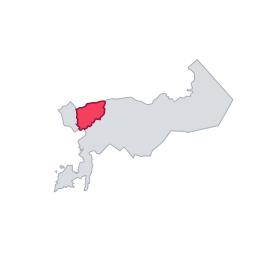 Uzbekistan, with Kashkadarya highlighted, rotated 135°
{"feature_id": "UZB-361", "entity_name": "Kashkadarya", "entity_type": "Region", "adm_level": 1, "iso_a3": "UZB", "parent_name": "Uzbekistan", "parent_adm1": "", "projection": "equal_earth", "projection_center": [66.509, 38.762], "detail": "fine", "context": "in_parent", "style": "filled", "palette": "rose", "viewbox_px": 256, "rotation_deg": 135, "n_neighbors": 0, "source": "natural_earth", "source_scale": "10m", "svg_char_len": 5988}
<svg xmlns="http://www.w3.org/2000/svg" viewBox="0 0 256 256"><g transform="rotate(135 128 128)"><path d="M197.3,115.0L200.9,113.3L202.9,114.4L203.1,115.0L200.9,116.3L198.9,117.0L198.4,118.6L196.4,119.3L194.5,121.5L191.5,123.8L191.4,124.2L191.7,124.6L192.7,124.9L194.8,126.1L196.7,125.4L197.2,125.6L197.8,126.3L198.4,128.3L199.2,128.9L202.1,130.0L204.2,130.0L205.3,130.4L205.5,130.2L205.6,127.2L206.5,127.7L207.4,127.3L207.8,125.8L207.5,124.8L208.2,124.2L208.6,124.6L208.7,125.5L209.7,126.1L210.5,127.6L210.8,129.3L212.8,129.8L213.5,129.5L214.0,129.7L214.4,131.9L214.7,132.0L216.4,131.6L218.0,132.5L219.8,134.2L221.7,134.3L222.1,134.6L223.5,134.3L225.2,134.8L225.2,135.1L225.0,135.4L221.2,137.5L220.1,138.9L219.3,139.3L217.0,138.5L216.6,139.4L217.1,140.2L216.6,141.2L215.4,140.8L215.1,140.4L214.0,140.6L212.6,142.1L212.0,143.3L210.8,143.7L209.1,144.9L208.3,143.9L207.1,144.0L205.4,143.1L204.6,142.9L197.2,144.2L196.6,144.0L195.8,142.3L193.9,141.4L194.0,140.6L197.7,137.2L198.2,136.1L196.9,135.5L197.1,134.6L194.6,131.9L194.1,131.7L193.8,131.8L192.9,133.9L186.4,137.4L185.4,137.0L183.9,135.7L183.0,135.3L181.8,136.4L181.9,137.7L180.6,138.7L181.8,142.3L181.7,142.7L180.8,142.9L181.5,144.2L181.0,144.4L177.8,143.8L174.2,144.7L174.3,145.2L177.5,145.1L178.0,145.4L178.1,145.8L177.9,146.1L176.2,146.4L176.0,147.0L176.9,148.6L176.5,148.9L175.9,148.6L175.4,149.6L174.3,149.6L173.7,152.7L172.8,153.7L171.6,154.3L163.8,152.9L161.8,153.8L160.5,155.2L159.6,158.6L159.7,159.0L163.0,160.3L163.6,162.3L167.6,162.5L168.3,162.8L168.6,163.3L168.8,163.9L167.7,167.2L168.1,170.2L168.8,171.6L171.2,174.2L171.1,175.6L170.6,176.9L169.9,178.0L169.2,178.5L168.2,179.9L167.3,181.7L165.7,184.0L165.1,185.2L164.9,189.0L164.5,190.1L164.4,189.6L163.8,189.2L162.0,189.1L161.7,188.6L159.4,189.5L157.9,189.1L156.5,187.6L153.7,187.0L150.1,187.4L150.0,183.5L150.2,180.7L151.4,178.4L151.3,178.0L150.7,177.2L148.6,176.6L146.1,174.9L143.8,173.7L142.4,173.3L141.0,174.0L139.6,173.8L133.5,169.2L128.3,165.9L124.7,162.6L123.0,162.9L118.5,159.8L115.6,156.5L105.9,149.3L104.0,147.5L103.6,146.6L102.9,142.2L102.0,140.2L100.8,139.1L99.8,137.0L98.3,131.8L97.8,130.9L94.9,128.7L93.2,128.1L92.0,128.5L91.3,129.3L90.3,129.4L86.1,128.6L81.4,129.0L77.3,126.3L77.1,125.9L77.1,125.2L78.0,123.4L77.9,122.7L77.3,121.9L77.4,121.0L77.7,120.5L78.5,120.7L78.8,120.3L78.7,119.9L77.8,118.8L76.0,117.8L76.3,117.2L76.5,115.5L76.8,114.6L76.6,114.3L75.2,113.1L70.6,113.0L69.5,112.7L68.7,112.2L67.9,110.4L67.4,109.9L64.3,109.2L61.2,106.0L60.5,107.4L59.9,107.7L57.4,107.3L56.2,108.2L59.0,111.5L59.7,112.4L59.6,113.0L58.7,113.1L58.0,111.6L57.5,111.1L54.7,110.3L53.7,111.3L53.4,112.5L52.1,114.6L50.7,115.0L47.2,115.1L46.2,115.6L45.5,116.2L44.1,118.1L42.3,119.6L42.6,125.6L43.7,127.0L42.5,128.3L30.8,127.5L33.7,73.9L50.5,69.0L62.5,65.9L89.0,82.6L89.6,83.2L89.9,84.7L90.6,85.8L99.6,95.6L113.2,93.6L126.9,94.7L132.1,92.4L136.1,96.7L138.7,98.2L142.1,104.6L145.4,102.9L144.8,110.5L144.4,112.8L144.3,117.4L149.8,117.5L151.0,124.9L152.2,129.6L153.4,130.1L163.9,129.5L164.7,129.8L166.1,129.3L167.1,130.8L168.2,131.8L167.4,135.1L168.7,136.4L171.6,137.9L173.4,137.9L173.7,137.3L173.7,136.5L173.2,135.7L173.2,134.8L173.5,134.1L175.2,131.6L178.0,129.2L178.7,128.3L178.9,126.8L179.9,125.9L182.3,125.0L182.7,124.2L185.6,122.3L188.9,121.1L190.4,120.1L191.9,118.2L194.0,116.3L194.8,116.3L195.4,116.9L195.9,116.9L197.3,115.0ZM197.0,133.2L196.6,132.2L196.0,131.9L195.8,132.0L196.6,133.2L197.0,133.2ZM203.6,148.8L201.4,148.8L201.7,147.3L200.9,146.6L200.7,145.9L200.9,145.2L201.5,144.9L202.1,146.0L203.8,146.5L203.3,147.5L203.7,148.6L203.6,148.8ZM210.2,147.2L209.9,148.6L208.9,148.0L209.0,147.6L210.2,147.2Z" fill="#d9dde1" stroke="#a8b0b8" stroke-width="1"/><path d="M159.7,157.8L159.6,158.0L159.5,158.3L159.6,158.9L159.9,159.2L161.3,159.7L162.3,159.8L162.7,159.9L162.8,160.0L163.0,160.3L163.2,160.2L163.3,160.2L163.4,160.4L163.4,160.6L163.3,161.8L163.3,162.2L163.2,162.3L162.1,162.4L162.0,162.5L161.8,162.5L161.7,162.6L161.6,162.8L161.5,163.0L161.6,163.4L161.7,164.0L162.0,164.5L162.0,164.8L162.0,165.0L162.0,165.3L162.0,165.5L162.0,165.8L161.8,166.1L161.8,166.3L161.8,166.6L161.7,166.7L161.7,166.8L161.6,166.7L161.3,166.5L161.3,166.4L161.2,166.4L160.8,166.3L160.6,166.3L160.3,166.4L160.2,166.5L159.4,168.0L159.1,168.4L159.0,168.5L158.8,168.6L158.3,168.7L158.3,168.9L158.1,169.2L157.9,169.4L157.5,169.8L157.4,169.8L157.4,170.0L157.3,170.3L157.2,171.1L157.1,171.4L157.1,171.5L156.9,171.7L155.6,172.7L155.0,173.1L154.8,173.2L154.4,173.2L154.3,173.3L154.2,173.4L154.0,173.8L153.9,174.1L153.8,174.4L153.7,174.6L153.7,174.8L152.3,176.1L152.2,176.3L152.1,176.5L152.0,177.1L152.0,177.3L151.8,177.7L151.4,177.9L151.3,177.5L150.9,177.2L150.5,177.0L150.0,176.9L149.2,176.9L148.8,176.8L147.6,176.2L147.1,175.5L146.8,175.1L146.4,175.0L145.6,174.7L144.9,174.1L144.6,174.0L143.8,173.8L142.7,173.3L142.3,173.2L142.0,173.4L141.4,173.8L141.1,174.0L140.3,174.1L139.5,173.8L137.6,172.5L136.5,171.7L134.9,170.6L133.9,169.5L132.3,168.1L131.6,167.6L129.9,167.0L128.4,166.1L126.0,164.0L125.4,163.1L125.5,162.9L126.6,161.8L127.1,161.4L128.7,160.7L129.4,160.5L131.3,159.8L131.4,159.7L131.4,159.4L131.0,158.9L130.9,158.8L130.8,158.6L130.8,158.4L130.9,158.2L131.0,158.1L131.9,157.1L132.0,157.0L132.3,157.0L132.4,156.9L132.6,156.8L133.7,155.6L134.3,155.2L135.4,155.0L135.6,154.8L140.5,154.9L140.9,154.8L141.1,154.6L141.2,154.4L141.2,154.1L141.3,153.9L141.5,153.8L141.8,153.8L142.0,153.9L142.1,154.0L142.3,154.6L142.4,154.8L142.5,155.0L143.1,155.6L143.5,155.8L143.8,156.0L143.8,156.4L143.8,156.7L143.8,156.8L143.8,157.1L144.0,157.2L144.7,157.4L145.1,157.4L145.3,157.3L145.6,157.2L146.7,156.6L148.4,156.2L148.6,156.2L148.9,156.4L149.6,157.0L149.9,157.1L150.0,157.1L150.8,156.7L151.0,156.6L151.3,156.1L151.5,155.9L151.9,155.7L152.0,155.7L152.9,155.9L153.9,156.1L154.1,156.1L154.4,156.6L154.4,156.8L154.3,157.2L154.3,157.4L154.3,157.5L154.5,157.7L154.6,157.8L154.8,157.8L156.0,157.7L156.3,157.6L156.4,157.4L156.4,157.2L157.0,157.1L159.7,157.8Z" fill="#f43f5e" stroke="#9f1239" stroke-width="1.5"/></g></svg>